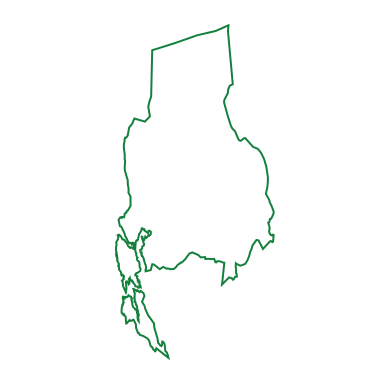 Hemnes nor, Nordland, Norway, rotated 266°
{"feature_id": "86288312B41330497985738", "entity_name": "Hemnes nor", "entity_type": "district", "adm_level": 2, "iso_a3": "NOR", "parent_name": "Norway", "parent_adm1": "Nordland", "projection": "robinson", "projection_center": [13.774, 66.006], "detail": "fine", "context": "isolated", "style": "outline", "palette": "green", "viewbox_px": 384, "rotation_deg": 266, "n_neighbors": 0, "source": "geoboundaries", "source_scale": "gbopen_adm2", "svg_char_len": 6003}
<svg xmlns="http://www.w3.org/2000/svg" viewBox="0 0 384 384"><g transform="rotate(266 192 192)"><path d="M169.4,116.8L163.0,117.7L162.7,118.0L162.4,118.9L161.0,119.7L159.3,120.1L158.6,120.6L155.5,121.7L152.0,122.5L150.7,123.4L148.3,124.1L145.3,125.9L145.2,126.2L145.5,127.2L144.6,128.1L143.9,128.3L144.4,129.0L145.6,129.2L145.5,129.5L145.1,130.4L139.5,129.5L141.1,127.3L141.2,126.9L140.5,126.3L142.7,124.4L144.6,123.9L146.1,123.1L147.2,122.0L148.9,121.3L149.2,120.2L149.9,119.6L149.8,119.2L152.5,118.1L154.1,116.7L153.9,116.5L154.2,116.2L153.8,115.7L154.3,115.4L154.0,114.8L152.2,115.4L149.8,114.7L147.9,113.3L146.5,112.9L145.3,113.1L143.1,112.7L142.7,112.4L139.2,112.1L136.0,112.7L135.5,112.6L135.7,112.0L134.3,111.9L133.8,112.0L134.4,112.4L133.7,112.9L130.4,112.6L130.1,112.6L130.3,112.9L128.2,112.8L125.5,114.0L123.8,113.9L123.6,113.4L124.2,113.4L123.6,113.3L122.9,113.3L123.4,113.4L123.1,113.8L121.8,114.0L119.8,113.8L117.1,115.5L113.7,115.8L113.5,116.2L114.5,116.6L114.1,117.3L112.8,118.2L111.6,118.2L110.8,117.3L109.6,117.7L108.4,115.9L107.0,116.6L103.2,116.6L96.6,119.0L96.9,119.1L96.8,119.3L99.6,119.5L100.2,119.7L98.7,119.5L100.1,119.9L106.9,119.8L107.4,120.2L107.5,120.8L105.2,122.3L104.4,122.4L104.9,123.0L104.2,123.2L108.5,123.2L109.6,122.9L109.9,123.2L109.6,123.6L110.6,124.1L107.9,124.7L107.5,125.3L108.0,125.8L107.9,126.2L106.7,126.4L106.3,126.5L106.3,127.0L105.0,127.3L103.1,128.8L101.9,128.9L101.5,130.6L100.2,131.8L100.3,132.2L100.6,132.2L100.6,133.1L101.1,133.0L100.5,134.2L102.5,134.0L103.6,133.1L105.5,132.9L105.9,133.2L105.9,133.5L106.7,133.3L107.3,132.7L107.9,132.7L108.0,131.9L107.7,131.7L109.2,131.7L110.2,131.1L110.8,131.1L111.5,131.7L112.1,131.3L112.5,130.4L113.2,130.2L113.1,129.6L113.4,129.6L114.3,130.1L115.1,131.2L115.1,131.8L116.7,134.7L118.4,135.3L119.6,135.2L120.8,134.5L123.5,134.6L126.3,134.3L127.3,132.9L128.6,132.5L129.4,132.5L130.3,133.1L130.8,132.6L133.1,131.9L134.8,132.2L135.3,131.7L138.4,131.3L146.2,132.4L147.7,133.3L147.4,134.1L148.5,134.8L153.9,136.4L154.4,137.0L157.1,138.7L159.3,139.4L159.2,140.0L158.0,140.8L158.3,141.7L158.1,142.0L156.7,142.1L156.0,143.2L154.9,144.1L154.7,144.6L154.0,145.3L156.3,146.0L156.4,146.9L155.1,148.2L152.7,147.9L151.3,146.3L151.8,145.4L151.4,145.3L149.5,143.4L150.8,142.3L148.8,141.7L148.5,140.9L147.5,141.0L146.5,140.1L149.8,139.1L150.2,139.1L149.9,139.4L150.6,139.4L150.8,138.9L151.5,138.7L149.5,138.9L144.8,140.2L144.3,140.1L143.6,140.6L142.5,140.4L142.0,140.2L141.1,138.6L139.1,138.3L138.4,137.4L137.9,137.4L137.6,136.2L135.5,136.4L134.7,137.3L134.2,137.3L134.4,137.5L133.2,137.5L133.2,137.2L131.9,137.4L131.6,137.5L131.5,138.1L129.5,139.0L123.7,140.1L122.8,140.6L120.8,140.9L117.7,140.6L117.5,140.2L116.1,140.2L117.0,145.4L122.7,147.3L122.3,148.9L117.3,154.5L119.3,158.0L117.2,161.5L117.5,162.5L116.6,164.5L116.4,168.4L118.4,171.0L120.4,172.7L121.6,175.0L122.5,175.7L122.3,176.8L125.3,180.4L130.8,185.1L131.7,188.1L129.2,193.0L128.2,194.4L126.2,196.0L126.1,200.6L124.3,200.6L124.1,204.4L123.7,206.1L123.7,209.5L120.3,210.4L120.1,211.4L121.1,212.2L121.2,213.5L120.6,215.9L119.5,217.9L119.2,219.3L97.6,215.5L104.2,223.0L103.2,225.7L101.7,226.6L101.8,227.3L104.4,229.1L104.4,230.8L106.7,230.9L108.0,230.3L112.4,230.6L114.0,230.3L117.8,230.8L117.0,231.7L115.1,235.0L116.5,240.0L119.6,242.3L123.9,244.5L128.2,245.9L131.1,247.5L132.4,247.8L134.7,248.8L139.6,252.9L139.1,255.0L130.2,258.8L137.4,266.4L137.6,267.2L136.4,268.6L136.8,269.4L143.1,270.4L143.5,270.4L143.8,269.3L143.1,268.8L143.5,267.8L144.3,267.1L146.2,266.3L148.2,266.2L149.5,266.9L152.7,266.7L156.1,265.9L156.4,266.9L159.6,267.9L159.5,268.6L160.3,269.4L164.6,271.8L166.7,272.1L172.2,270.5L176.2,268.9L178.9,268.4L185.0,265.6L192.0,267.6L197.9,268.5L201.9,268.7L212.1,267.9L219.8,266.2L225.9,263.8L229.6,261.3L230.6,260.5L232.7,256.1L242.1,248.8L241.8,247.3L239.7,244.3L239.9,243.3L241.0,242.1L249.5,239.2L252.5,236.7L255.0,235.5L265.4,233.0L279.2,230.2L281.6,230.7L288.1,234.6L291.9,235.3L294.1,236.4L295.5,237.2L296.6,240.2L349.8,239.1L355.8,240.0L351.0,226.9L348.0,208.1L342.1,186.7L336.2,162.2L290.0,157.9L285.4,155.9L280.1,154.3L270.4,155.3L265.5,149.9L269.3,139.7L264.3,137.1L260.7,133.8L252.8,131.8L250.8,130.1L250.9,129.1L249.9,128.6L246.2,128.0L244.5,127.4L241.3,127.1L233.3,127.5L229.6,127.1L227.9,127.5L220.6,126.5L217.8,126.6L208.1,128.7L203.8,128.5L199.9,129.0L195.7,128.6L191.9,130.3L182.6,129.8L178.0,126.7L177.8,125.9L176.3,125.2L176.5,125.0L174.7,123.2L171.6,122.6L172.0,120.2L171.1,120.1L171.7,118.7L169.4,116.8ZM91.6,137.3L94.6,136.5L96.3,134.5L96.6,134.5L96.7,134.1L96.1,133.3L96.4,133.3L96.0,132.7L96.5,131.8L97.1,131.5L97.1,130.7L97.6,130.5L97.0,129.9L97.9,128.9L98.2,128.9L98.5,127.6L99.4,127.2L99.4,126.8L98.1,127.3L97.0,127.1L94.6,128.0L92.4,127.4L91.1,127.5L90.9,127.1L88.7,127.1L88.7,127.4L86.5,127.1L86.4,127.9L83.2,128.3L83.0,128.7L82.1,129.2L78.3,129.3L77.2,129.9L76.7,129.6L75.6,129.7L73.0,130.5L71.8,129.7L70.3,129.7L66.8,129.8L67.9,129.1L71.6,128.9L74.2,129.3L74.9,128.7L77.1,128.7L78.7,127.7L78.9,127.1L80.2,126.6L81.2,125.3L83.5,124.7L85.9,124.6L88.8,124.0L89.8,124.2L89.6,124.5L90.2,124.7L91.2,124.2L91.3,123.8L91.8,123.7L92.6,122.5L92.5,122.2L93.4,121.6L92.1,120.1L91.8,120.1L91.9,118.3L91.4,118.2L91.6,117.7L92.0,117.6L92.0,117.1L89.4,117.4L92.3,116.3L92.4,115.8L90.4,115.5L86.9,116.1L86.9,115.8L85.6,115.6L85.7,115.3L83.7,114.9L83.2,114.6L83.4,114.4L81.2,113.8L76.8,113.3L75.4,114.0L75.4,114.6L75.1,114.6L75.2,114.8L74.1,115.3L74.4,115.9L73.3,116.1L72.4,117.1L65.4,117.2L65.5,117.7L68.6,120.8L67.7,121.4L67.8,122.9L68.6,124.1L68.7,124.7L68.4,124.9L63.8,126.8L60.3,126.7L55.4,128.2L55.6,128.6L54.5,129.5L53.1,129.9L51.8,133.3L49.0,137.3L46.9,138.8L40.9,140.1L40.0,141.5L37.7,142.3L36.8,143.4L35.7,143.9L35.6,144.3L35.9,144.5L38.6,145.5L28.2,156.9L30.9,156.5L33.9,155.6L35.2,154.3L41.5,154.1L43.1,153.7L44.8,152.5L44.9,151.9L41.3,151.4L40.4,150.6L41.2,149.5L42.5,148.9L43.5,147.8L49.2,147.2L58.9,145.0L63.6,144.9L72.2,139.6L78.5,137.3L82.0,136.6L85.9,134.5L91.6,137.3Z" fill="none" stroke="#15803d" stroke-width="2"/></g></svg>